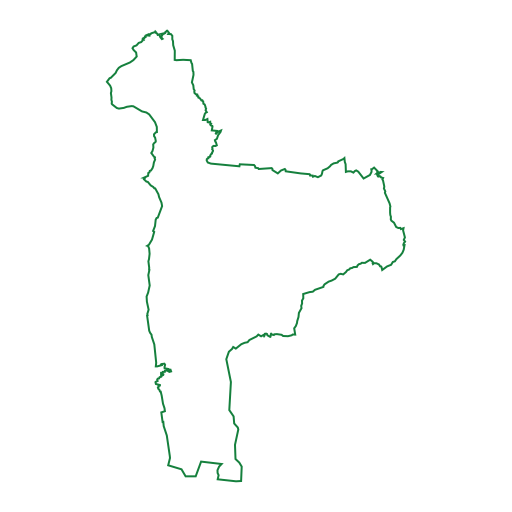 Gura Vitioarei, Prahova, Romania (orthographic projection)
{"feature_id": "2599482B61125475068654", "entity_name": "Gura Vitioarei", "entity_type": "district", "adm_level": 2, "iso_a3": "ROU", "parent_name": "Romania", "parent_adm1": "Prahova", "projection": "orthographic", "projection_center": [26.028, 45.151], "detail": "fine", "context": "isolated", "style": "outline", "palette": "green", "viewbox_px": 512, "rotation_deg": 0, "n_neighbors": 0, "source": "geoboundaries", "source_scale": "gbopen_adm2", "svg_char_len": 6036}
<svg xmlns="http://www.w3.org/2000/svg" viewBox="0 0 512 512"><path d="M236.0,481.3L241.1,481.0L241.7,466.6L239.3,462.6L235.5,459.0L235.0,444.8L238.3,429.5L237.8,427.5L234.2,423.5L233.6,416.4L229.3,410.1L230.9,382.0L226.3,359.2L228.9,351.7L232.0,349.0L233.2,347.0L235.8,348.6L241.3,344.2L244.6,342.8L247.6,342.2L249.4,340.0L256.6,336.4L258.3,334.6L261.1,336.3L263.4,335.0L264.1,336.2L264.5,335.7L264.9,333.8L266.1,333.6L267.1,334.1L267.4,335.3L270.2,336.9L270.5,336.7L270.9,333.9L271.1,333.7L272.3,334.7L273.9,335.0L274.3,334.3L276.9,334.1L281.6,334.8L283.1,336.0L288.0,336.2L291.7,335.3L292.7,334.5L295.2,334.6L294.2,328.3L295.8,326.1L297.0,323.0L297.2,321.2L298.5,317.0L298.9,312.9L301.5,308.2L301.2,305.9L302.1,303.5L302.0,300.6L303.3,298.3L303.2,294.0L309.6,292.1L312.8,291.7L315.0,289.8L323.4,286.9L323.6,285.7L324.6,284.3L328.7,281.6L331.6,280.6L335.2,278.7L338.7,274.4L340.7,273.8L343.2,274.4L346.0,272.0L347.2,270.3L349.3,269.4L350.2,268.3L352.0,268.0L353.5,267.1L356.9,266.9L357.6,265.4L358.9,264.2L360.7,263.7L361.8,262.8L365.0,262.9L370.2,259.7L372.6,261.7L373.0,262.3L372.6,263.2L373.0,264.1L374.1,263.2L376.5,263.3L379.0,264.5L380.1,266.3L380.9,266.3L381.5,267.0L382.2,270.0L387.1,266.4L391.1,264.8L392.8,262.0L394.9,261.3L396.3,259.2L400.3,255.5L402.4,252.8L403.7,249.7L404.5,245.2L403.5,245.4L403.3,244.8L403.9,243.1L405.1,241.6L403.8,239.9L404.9,237.4L403.1,230.4L403.5,228.2L400.9,229.1L400.3,227.9L398.3,228.0L396.2,227.0L394.0,222.7L391.4,220.7L390.8,219.5L390.9,216.7L390.3,215.0L390.1,212.7L390.1,207.4L390.4,206.6L389.6,203.4L384.9,192.8L385.3,191.4L383.9,188.4L384.3,186.9L384.1,185.5L383.0,180.4L382.4,179.5L383.1,178.0L381.0,177.4L380.6,176.6L379.7,176.1L378.9,176.6L377.9,176.4L377.2,174.8L377.7,174.3L378.3,174.6L378.8,173.9L381.7,172.0L380.5,171.9L378.1,173.4L376.6,173.5L377.6,172.6L377.3,171.7L377.7,171.3L374.1,167.6L372.0,169.2L371.3,169.3L371.6,170.9L371.4,172.2L369.9,175.0L363.6,178.5L358.3,171.7L356.2,170.4L354.9,171.0L353.4,172.6L350.8,171.3L347.9,171.3L345.9,171.9L345.6,164.2L344.8,161.9L344.4,158.1L343.4,159.0L338.2,161.4L337.9,162.3L337.4,162.6L333.6,163.4L331.1,164.9L330.0,166.3L327.6,168.3L323.0,170.3L322.5,171.1L322.0,173.7L321.2,175.5L317.9,177.2L314.9,176.0L313.0,176.7L312.7,175.6L310.1,175.5L310.1,174.7L309.6,174.2L300.6,173.4L285.7,171.3L285.5,169.8L284.8,169.0L281.0,170.5L277.8,173.4L272.5,170.1L272.3,168.7L271.6,168.1L258.7,169.0L258.2,168.2L255.4,167.7L255.0,166.1L254.0,165.0L239.8,164.3L239.4,166.3L210.9,163.6L207.8,162.5L206.7,160.5L206.8,159.2L207.6,158.4L208.4,158.3L208.4,157.2L210.0,156.8L210.3,156.5L210.2,155.5L211.5,153.6L212.0,153.5L212.1,152.4L212.8,151.6L213.0,150.5L212.2,149.3L212.5,148.7L212.2,147.6L212.4,146.8L213.5,145.9L215.5,146.0L216.8,145.3L215.9,142.2L215.3,141.7L214.9,140.2L216.9,138.8L218.1,135.2L220.5,132.0L221.0,130.5L218.1,131.7L215.5,134.3L216.9,130.9L211.8,130.4L212.5,126.5L212.3,125.9L211.2,125.6L210.3,124.7L211.0,123.7L210.3,123.4L210.2,121.8L208.5,122.4L207.7,122.2L207.4,119.0L205.3,120.0L203.0,120.0L204.8,113.9L205.6,112.8L206.8,112.2L205.6,110.3L206.1,108.5L205.5,107.6L205.5,106.8L204.7,104.5L203.4,103.7L203.2,101.4L202.5,101.0L202.3,100.3L201.4,100.4L199.9,98.3L198.3,97.5L198.4,96.4L197.0,95.7L197.4,95.0L197.3,94.5L195.8,94.2L194.5,93.0L194.3,91.5L194.6,90.5L193.7,89.1L193.3,85.3L191.9,82.4L193.5,74.9L193.4,71.9L192.8,70.9L192.1,64.0L191.4,62.8L190.7,60.2L183.1,59.8L176.5,60.2L174.7,59.9L174.8,50.7L173.2,45.2L173.0,41.2L172.3,39.3L172.3,35.8L170.9,34.1L168.3,34.0L169.0,32.9L167.3,30.7L166.7,30.8L166.5,31.5L165.4,32.0L165.2,33.0L161.3,33.9L162.5,34.3L162.0,34.5L162.2,35.4L161.3,36.1L161.9,38.3L162.5,38.8L161.9,39.1L160.3,37.2L159.5,35.3L158.5,34.7L157.7,34.9L157.1,33.5L155.6,32.7L155.8,32.0L155.3,31.5L155.0,32.1L151.2,33.3L150.3,34.5L149.0,34.1L147.6,34.7L148.6,35.0L148.9,35.6L147.0,35.4L144.9,36.4L144.9,36.8L146.3,36.7L143.4,38.2L143.8,38.7L142.9,39.1L143.2,39.6L142.6,39.5L142.5,40.7L141.2,42.1L138.7,42.9L136.5,45.4L133.6,46.5L132.5,48.2L133.6,50.0L136.1,52.5L136.7,56.5L133.4,60.1L129.9,62.5L121.4,66.1L118.8,67.8L116.9,70.3L115.6,73.0L110.8,77.8L109.6,78.2L106.9,81.8L110.1,85.6L111.2,88.2L111.4,91.1L110.9,93.1L111.5,97.5L111.4,99.8L111.9,101.6L111.7,103.7L112.2,104.4L116.8,108.0L118.9,108.6L123.8,107.9L126.8,106.8L131.6,106.1L133.4,106.3L142.0,111.4L146.4,112.5L149.2,114.4L155.0,122.2L156.8,126.9L156.9,132.1L155.9,132.3L154.0,134.3L154.1,136.2L155.1,137.6L155.8,141.1L155.5,142.0L154.1,143.1L153.2,144.4L153.4,147.6L152.5,151.0L151.3,153.0L154.0,156.7L154.9,157.2L155.0,157.6L154.6,158.2L155.1,159.6L153.9,162.4L153.3,165.9L152.5,168.2L151.0,170.5L149.8,170.9L149.4,172.4L148.3,173.0L148.1,175.8L143.7,177.8L144.9,178.0L144.0,179.3L146.4,181.6L147.8,181.9L150.7,185.4L153.3,187.0L154.3,188.3L155.2,188.4L158.4,194.2L159.1,197.1L161.5,202.7L162.1,206.1L157.8,217.6L156.6,218.0L155.7,219.7L155.0,226.1L153.1,231.0L154.2,231.9L152.0,239.6L148.9,244.8L147.3,245.8L148.1,246.1L149.1,248.4L149.6,253.8L149.0,259.1L148.4,261.3L149.2,267.7L149.1,269.7L149.4,269.9L148.3,275.1L149.7,285.5L148.1,292.7L146.6,296.5L146.9,301.7L148.6,309.7L147.3,314.0L147.6,315.3L147.1,315.6L149.2,330.7L150.1,332.8L151.5,334.7L151.8,336.9L154.3,344.4L156.2,362.8L155.8,366.4L157.2,366.4L161.9,365.1L161.8,364.8L160.8,364.8L161.3,364.1L164.4,363.7L165.1,364.8L164.5,367.1L164.6,368.3L168.5,369.0L169.5,369.8L170.5,369.7L171.1,371.4L169.4,371.9L167.0,370.5L164.9,370.8L164.8,371.8L162.8,371.9L162.6,372.7L161.1,372.8L161.1,375.3L162.5,375.1L162.9,374.0L163.4,374.3L163.2,375.0L161.6,375.8L161.3,376.7L159.6,377.2L159.1,378.4L157.7,378.7L157.2,379.6L157.6,381.0L155.6,381.9L155.5,382.4L155.9,384.0L159.9,385.0L159.9,385.5L158.5,385.8L158.7,386.8L157.9,387.4L158.3,388.8L159.3,389.7L160.0,391.5L160.7,391.6L161.7,395.7L163.0,403.7L164.5,408.2L164.9,411.2L161.3,412.4L162.6,422.0L163.3,421.9L163.7,426.1L166.8,435.5L169.8,456.0L170.0,458.0L168.2,465.3L181.5,469.3L185.6,476.3L195.7,476.3L201.1,461.6L221.6,464.0L219.1,466.6L217.5,470.2L217.6,473.0L218.6,475.2L217.7,479.3L236.0,481.3Z" fill="none" stroke="#15803d" stroke-width="2"/></svg>